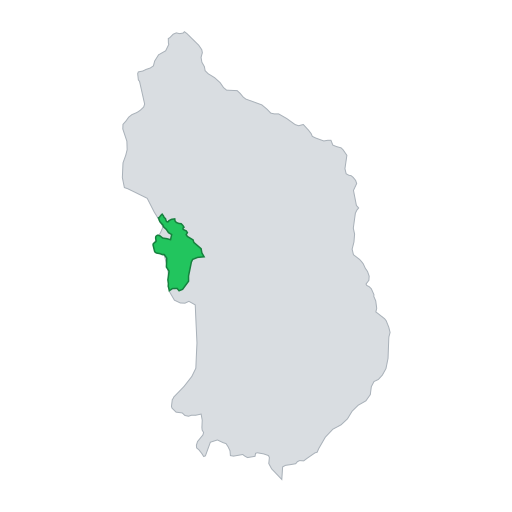 where Nógrád sits in Hungary, rotated 271°
{"feature_id": "HUN-3166", "entity_name": "Nógrád", "entity_type": "County", "adm_level": 1, "iso_a3": "HUN", "parent_name": "Hungary", "parent_adm1": "", "projection": "mercator", "projection_center": [19.65, 47.967], "detail": "fine", "context": "in_parent", "style": "filled", "palette": "green", "viewbox_px": 512, "rotation_deg": 271, "n_neighbors": 0, "source": "natural_earth", "source_scale": "10m", "svg_char_len": 3765}
<svg xmlns="http://www.w3.org/2000/svg" viewBox="0 0 512 512"><g transform="rotate(271 256 256)"><path d="M430.0,135.3L436.3,134.5L436.5,134.6L438.0,135.1L439.0,139.7L439.2,140.0L440.7,143.0L442.1,147.0L444.3,150.1L449.2,151.3L455.5,155.1L459.6,162.1L465.8,165.0L466.2,165.1L467.4,164.7L471.9,164.5L472.7,165.9L476.3,169.3L477.7,172.4L477.0,175.6L477.6,179.2L479.0,180.5L477.3,182.9L465.8,195.0L461.3,198.2L458.3,198.8L453.6,197.6L448.8,198.5L444.4,201.1L440.4,201.9L437.4,205.0L433.5,211.6L428.7,217.1L423.8,220.6L421.3,223.7L421.0,234.3L418.3,237.3L414.7,240.4L412.7,243.1L407.2,259.2L403.0,264.4L399.1,268.3L398.4,271.9L398.5,276.1L394.0,284.3L388.1,292.8L387.0,296.3L388.3,301.0L382.6,306.4L379.3,309.0L376.6,310.2L375.0,313.6L372.2,321.8L372.9,325.5L373.0,328.9L368.2,330.9L366.8,334.6L365.6,339.2L363.6,341.3L358.2,345.1L344.9,343.4L339.8,344.7L338.3,347.5L338.0,349.6L336.4,351.7L333.3,354.3L330.2,355.4L323.3,352.3L308.3,355.5L305.8,357.8L303.7,356.1L300.5,354.6L285.5,352.8L279.6,354.2L271.8,353.7L264.5,352.0L259.0,353.4L254.2,359.8L251.8,362.0L250.0,363.4L245.8,365.4L242.4,367.8L237.8,369.5L233.7,369.3L229.9,366.5L228.5,367.2L227.3,369.7L225.2,371.9L219.4,374.6L217.9,374.5L217.6,374.5L213.2,376.5L205.8,377.6L202.2,376.8L195.5,385.7L193.5,387.3L187.1,390.0L181.9,391.4L177.5,390.3L175.7,390.2L156.0,389.8L145.7,387.9L139.1,384.4L134.7,380.5L132.6,376.2L127.4,373.6L119.4,372.7L113.1,368.4L108.6,360.8L102.5,354.8L94.8,350.3L88.7,344.0L84.2,335.9L76.1,328.5L64.4,322.0L60.9,320.6L60.2,318.4L54.4,310.3L52.0,307.3L52.2,303.2L51.1,301.0L49.0,299.3L47.9,293.5L47.2,289.1L45.6,286.3L33.0,285.7L43.5,275.3L48.7,272.4L54.8,272.9L56.7,271.9L57.2,270.4L58.3,267.0L58.8,263.8L59.3,260.7L58.7,259.0L55.7,258.5L54.3,251.0L55.8,248.2L57.3,246.2L55.5,237.0L56.0,233.9L60.8,233.4L64.7,231.5L67.9,229.3L68.8,226.4L71.4,220.6L69.0,213.6L55.3,208.9L54.6,207.2L57.8,205.1L61.2,202.3L63.1,200.0L65.8,199.7L69.5,200.8L76.1,206.0L78.6,206.7L81.0,205.2L83.6,204.9L90.9,205.1L97.0,203.9L95.7,198.4L95.7,194.4L94.6,191.3L95.3,187.7L97.8,185.0L98.5,178.8L102.4,174.7L104.1,174.1L110.9,174.8L112.5,175.9L113.5,176.2L124.3,186.3L134.4,193.9L142.7,197.8L155.0,198.1L168.0,198.5L189.7,197.1L206.0,196.1L207.1,194.2L209.5,189.7L207.6,185.8L207.7,181.2L210.4,175.2L218.5,170.3L241.6,168.1L254.8,164.4L256.8,159.3L261.2,154.3L265.2,153.3L270.7,155.6L277.4,160.0L283.2,162.4L286.6,160.9L298.3,153.4L311.8,146.2L321.1,126.4L322.1,123.2L332.1,121.0L346.8,121.4L354.4,124.0L360.0,125.3L368.5,124.9L380.7,120.6L385.3,120.7L388.8,123.7L392.6,126.3L395.2,129.5L397.2,134.0L398.2,135.7L399.9,138.0L403.0,141.1L406.0,142.0L428.6,136.5L430.0,135.3Z" fill="#d9dde1" stroke="#a8b0b8" stroke-width="1"/><path d="M283.6,163.0L285.2,162.5L288.1,159.7L289.7,158.8L292.2,158.0L292.4,157.8L293.1,158.8L294.9,160.1L296.2,161.4L295.5,161.8L295.0,162.5L293.1,163.4L291.7,164.9L289.8,165.4L288.9,166.0L288.5,167.3L289.0,167.9L289.8,168.3L291.2,170.9L291.7,174.1L289.7,174.4L288.1,175.8L287.2,178.3L287.0,180.6L285.3,182.3L283.5,183.5L282.6,182.5L281.5,182.6L280.6,184.1L279.9,185.8L278.2,187.0L276.1,185.8L274.3,187.1L271.0,192.8L268.5,193.6L262.3,201.0L258.2,201.8L254.3,204.1L253.6,197.7L251.5,192.7L248.9,191.5L234.9,188.9L229.6,189.0L221.4,183.2L219.9,179.7L222.2,177.7L222.0,173.1L219.8,169.9L222.9,169.2L223.9,168.8L225.4,168.8L226.7,168.9L230.6,168.3L238.8,169.3L239.5,169.2L243.4,166.6L252.3,166.8L255.8,164.3L255.9,163.8L255.9,163.3L255.9,162.8L255.8,162.2L256.6,160.4L257.2,156.6L257.9,155.2L259.0,154.5L265.1,152.9L265.8,152.9L266.5,153.1L267.2,153.8L268.6,155.6L269.3,155.9L272.3,155.3L273.9,155.6L275.0,157.0L275.1,157.9L274.7,158.8L274.5,159.6L272.3,162.4L271.8,166.4L270.8,170.3L276.0,171.3L277.8,168.1L281.0,165.9L283.6,163.0Z" fill="#22c55e" stroke="#15803d" stroke-width="1.5"/></g></svg>